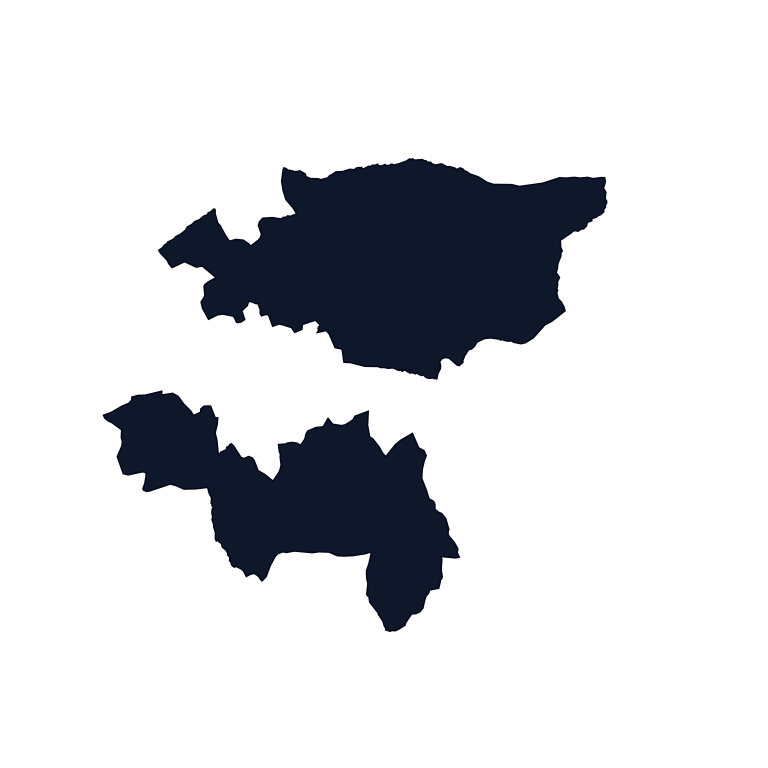 Kahama, Shinyanga, United Republic of Tanzania (Albers equal-area conic projection), rotated 161°
{"feature_id": "72390352B22692962057204", "entity_name": "Kahama", "entity_type": "district", "adm_level": 2, "iso_a3": "TZA", "parent_name": "United Republic of Tanzania", "parent_adm1": "Shinyanga", "projection": "albers", "projection_center": [32.403, -3.76], "detail": "fine", "context": "isolated", "style": "filled", "palette": "ink", "viewbox_px": 768, "rotation_deg": 161, "n_neighbors": 0, "source": "geoboundaries", "source_scale": "gbopen_adm2", "svg_char_len": 6172}
<svg xmlns="http://www.w3.org/2000/svg" viewBox="0 0 768 768"><g transform="rotate(161 384 384)"><path d="M108.2,507.2L111.1,508.4L119.5,510.1L124.3,513.1L131.4,514.8L137.0,517.5L144.5,519.3L150.7,521.8L168.8,522.2L191.7,526.7L198.5,531.0L215.4,537.0L220.8,541.0L227.4,549.2L234.2,554.5L237.1,558.4L238.8,559.3L238.9,560.9L240.9,563.0L242.0,563.6L245.2,563.0L246.7,565.1L251.1,568.1L253.7,568.9L257.8,573.4L264.3,574.3L267.1,576.8L267.7,578.4L271.4,579.9L271.6,581.4L272.6,581.5L274.9,583.8L281.1,585.4L282.8,586.2L283.6,587.6L285.3,587.2L286.0,588.3L287.3,588.3L290.2,587.5L299.5,587.3L300.4,587.8L301.9,587.2L305.5,589.5L307.6,589.0L310.8,589.8L311.5,591.2L315.4,590.9L318.3,592.4L318.4,593.8L322.0,593.8L323.8,594.7L325.0,593.9L327.6,594.8L334.1,594.0L334.8,596.1L335.8,595.6L336.3,596.6L340.0,597.2L342.3,596.2L346.3,598.1L353.9,598.3L360.5,600.2L366.3,598.6L367.3,598.9L369.9,597.2L377.1,597.7L379.5,599.5L386.7,602.2L390.1,605.3L390.1,608.2L394.0,612.8L395.2,613.2L396.3,612.5L397.7,613.6L399.5,613.7L400.8,615.2L401.4,614.5L403.2,616.7L405.0,617.1L406.7,619.9L408.3,620.9L409.5,619.6L414.8,608.9L416.4,599.6L416.6,590.2L412.6,580.1L411.2,573.4L417.8,573.0L420.6,574.4L421.6,573.5L424.9,574.3L427.5,573.5L435.1,577.6L444.7,580.2L448.9,577.9L451.1,574.9L451.1,565.4L453.2,562.6L455.7,561.0L465.5,557.7L465.9,560.0L470.2,565.8L476.9,568.9L483.7,569.3L485.6,576.0L487.3,586.9L488.8,590.3L488.2,600.2L487.1,603.1L487.1,604.4L487.9,604.8L492.8,602.9L494.4,603.2L495.4,601.9L497.0,601.4L499.5,601.5L505.0,599.4L510.1,599.2L513.7,597.4L518.8,596.5L521.8,593.9L527.9,591.8L532.5,591.2L535.9,589.4L542.3,588.6L544.0,587.1L545.8,587.1L549.6,584.7L553.5,583.8L552.7,580.5L548.8,572.0L548.2,567.6L546.5,563.1L532.7,564.6L523.5,555.6L517.5,554.8L508.1,539.2L516.8,537.8L521.3,536.2L522.5,534.5L524.6,525.6L530.2,521.1L530.9,514.7L528.8,502.3L519.1,503.6L513.8,502.7L504.7,497.4L503.9,495.9L503.3,490.4L502.2,489.6L498.8,489.2L494.7,490.3L494.6,499.6L487.8,502.6L485.5,505.8L483.9,505.7L481.9,504.4L478.9,501.7L476.4,500.7L477.0,499.7L476.7,495.1L478.1,491.0L477.7,488.4L472.3,488.1L471.4,487.5L470.7,486.0L470.4,474.9L463.5,474.9L459.0,471.9L453.0,467.4L451.6,461.9L443.8,462.4L441.8,466.9L428.5,466.7L427.7,466.0L425.2,460.6L428.3,458.2L428.2,456.3L430.3,454.4L421.3,453.4L419.5,449.0L418.4,434.3L413.7,431.6L412.3,430.1L414.8,417.6L408.5,415.1L396.4,407.0L384.2,402.6L381.4,400.5L378.4,399.6L375.4,397.7L370.0,396.2L365.8,392.1L363.1,391.6L362.8,390.3L359.3,390.3L357.5,387.6L356.2,387.2L356.2,386.1L353.5,385.4L351.0,383.4L348.8,383.7L348.2,382.0L345.7,379.8L343.7,379.7L342.1,376.4L339.5,374.6L335.6,373.9L335.1,372.8L334.0,373.0L332.5,371.6L329.7,376.3L325.6,380.2L324.5,383.0L324.1,387.1L320.5,389.3L316.7,388.9L313.8,387.0L308.8,378.2L306.9,376.9L302.2,378.9L302.0,380.4L298.7,384.3L292.7,389.0L290.0,388.6L286.4,390.0L282.4,393.4L274.5,394.3L268.5,393.0L259.9,388.7L259.6,387.7L258.3,387.7L253.6,384.5L248.7,382.9L248.2,381.5L241.4,377.5L237.0,377.0L227.8,379.0L212.5,387.6L204.8,388.7L189.0,394.3L188.8,398.4L189.7,403.8L191.6,407.9L191.1,413.2L190.7,414.7L189.4,415.8L189.6,417.6L187.4,421.6L186.9,423.9L183.4,427.6L185.0,433.4L182.7,436.3L180.4,441.3L175.2,447.3L173.9,450.7L172.1,451.8L172.5,455.4L170.5,462.5L157.3,466.1L155.6,467.1L152.6,466.6L151.1,465.3L147.2,466.3L144.8,465.7L141.0,467.6L139.8,469.9L138.1,470.8L134.3,470.7L134.2,472.6L129.0,472.6L126.6,473.5L123.9,473.6L120.2,475.3L119.4,477.5L117.0,479.1L116.6,481.0L114.9,482.3L113.9,484.3L114.6,487.2L111.8,493.1L112.8,497.7L109.0,502.9L108.2,507.2ZM369.2,195.7L369.8,200.7L368.0,203.7L368.1,205.9L369.2,211.4L372.4,219.9L371.6,223.5L370.0,225.5L369.5,236.8L371.7,242.8L374.0,244.8L376.6,248.9L375.0,253.9L375.4,257.0L378.5,260.3L378.9,262.1L378.5,269.4L379.1,282.3L375.7,290.8L370.8,298.5L367.4,302.5L367.8,307.8L371.7,311.9L372.1,313.2L373.2,328.0L386.4,325.4L393.0,322.9L406.0,314.7L408.0,319.6L409.0,325.7L411.4,332.9L412.6,336.0L414.8,338.6L413.0,350.3L407.8,363.3L421.9,363.0L424.9,360.3L428.5,359.2L434.0,358.0L437.7,358.5L445.6,362.6L448.1,369.7L455.5,363.3L462.5,365.0L471.5,364.3L474.2,361.8L476.8,357.6L482.9,353.2L485.6,356.4L490.0,358.7L494.7,359.6L496.4,359.2L503.5,361.1L504.9,354.4L504.9,350.8L505.9,348.9L507.6,340.9L510.3,336.6L513.0,333.9L520.6,328.3L526.3,337.4L531.3,343.1L531.7,354.0L532.6,357.0L535.7,359.5L540.6,359.1L543.1,361.0L546.4,374.4L547.7,377.0L548.7,377.2L551.7,375.4L553.3,375.4L553.8,374.0L555.0,373.1L560.5,372.7L563.0,370.6L563.7,371.1L560.3,385.3L559.6,392.8L555.1,399.7L552.2,406.1L554.6,406.8L555.2,419.6L560.7,421.5L562.5,421.3L565.5,419.9L566.4,417.0L574.4,416.2L575.6,421.4L580.0,430.5L582.7,439.4L587.0,444.0L596.7,445.7L597.7,446.6L596.5,449.5L613.6,451.2L620.4,453.3L626.7,453.7L627.6,451.0L631.6,448.8L639.0,448.3L651.1,445.9L659.4,445.8L659.1,442.6L656.9,439.0L654.1,436.4L646.9,426.1L649.8,418.9L650.2,414.5L652.2,410.5L659.8,402.2L659.7,384.1L655.3,381.3L641.2,379.7L637.8,377.8L638.9,374.5L642.4,368.0L646.0,363.5L645.9,361.9L643.5,359.8L640.3,359.2L618.7,359.0L613.8,355.8L607.4,349.8L596.1,346.2L584.4,343.7L584.9,337.2L584.1,332.4L586.3,327.5L585.1,326.0L586.3,325.4L585.6,323.1L587.3,321.4L588.6,318.5L589.3,313.7L590.8,311.8L590.7,306.9L591.5,304.4L591.7,298.4L593.9,292.4L593.7,290.2L591.4,290.1L591.5,288.4L589.7,286.6L589.9,282.4L587.4,278.2L586.8,274.7L587.4,272.9L586.1,270.5L587.5,267.2L586.7,267.3L586.9,262.3L585.5,259.8L583.0,259.5L579.0,255.4L577.6,252.8L576.8,246.8L572.4,247.6L568.4,247.3L565.6,243.7L563.7,237.7L563.1,237.7L558.2,240.2L551.0,249.0L542.9,256.6L539.3,258.2L534.0,258.2L531.2,256.5L523.2,255.3L506.5,247.8L500.2,246.6L490.6,242.9L484.1,236.9L477.6,234.3L469.0,231.8L457.2,229.7L451.0,229.4L451.4,227.7L456.8,218.9L461.2,213.3L463.5,206.4L464.2,200.5L468.8,190.7L468.5,189.0L467.4,188.1L468.5,182.2L464.1,169.7L464.3,167.9L462.1,159.7L462.5,155.8L461.9,152.2L462.5,151.1L458.9,148.3L456.6,148.3L453.9,147.1L450.4,147.3L442.8,149.1L440.9,151.5L432.8,157.6L428.8,156.6L424.4,156.9L420.3,159.3L415.3,167.3L413.3,169.7L409.9,171.8L408.0,174.4L398.8,173.1L394.9,179.1L394.5,180.7L392.8,181.1L391.7,182.7L390.4,189.9L386.4,199.5L386.3,202.3L373.0,196.3L369.2,195.7Z" fill="#0f172a" stroke="#020617" stroke-width="1.5"/></g></svg>